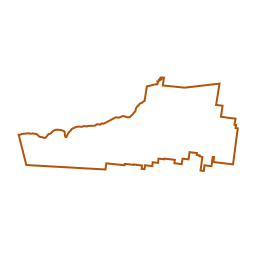 outline of Choya, Santiago del Estero, Argentina, rotated 86°
{"feature_id": "61730980B98686515489678", "entity_name": "Choya", "entity_type": "district", "adm_level": 2, "iso_a3": "ARG", "parent_name": "Argentina", "parent_adm1": "Santiago del Estero", "projection": "robinson", "projection_center": [-64.902, -28.858], "detail": "fine", "context": "isolated", "style": "outline", "palette": "amber", "viewbox_px": 256, "rotation_deg": 86, "n_neighbors": 0, "source": "geoboundaries", "source_scale": "gbopen_adm2", "svg_char_len": 4806}
<svg xmlns="http://www.w3.org/2000/svg" viewBox="0 0 256 256"><g transform="rotate(86 128 128)"><path d="M153.7,22.1L150.9,21.6L136.0,18.5L135.5,20.7L132.6,20.0L132.3,21.6L128.2,20.6L126.2,20.1L123.3,34.5L112.4,32.1L111.1,38.4L111.1,38.5L91.3,33.9L90.1,33.6L90.1,33.8L90.2,36.2L90.2,36.3L90.3,37.5L90.5,42.8L90.7,46.1L90.7,46.3L90.8,48.4L90.8,48.6L90.9,51.3L91.0,53.5L91.2,56.8L91.7,68.8L89.9,79.1L89.1,83.8L88.9,84.9L88.0,90.3L81.5,88.9L80.5,88.7L80.3,88.6L79.9,91.3L80.0,91.5L80.0,91.9L80.0,92.0L80.3,92.2L80.5,92.3L80.6,92.2L80.8,92.2L81.1,92.1L81.2,91.9L81.3,91.8L81.2,91.7L81.2,91.2L81.4,91.2L81.6,91.2L81.9,91.3L82.0,91.4L82.1,91.7L82.1,91.9L82.1,92.1L82.2,92.3L82.3,92.4L82.3,92.6L82.2,92.7L82.2,92.8L81.8,92.9L81.7,93.0L81.7,93.4L81.8,93.6L82.0,93.7L82.1,93.8L82.3,93.7L82.5,93.6L82.9,93.5L83.0,93.6L83.1,93.8L83.2,94.1L83.2,94.3L83.3,94.4L83.4,94.6L83.6,94.6L83.8,94.6L84.0,94.7L84.1,94.8L84.2,95.0L84.1,95.3L84.4,95.2L84.5,95.1L84.8,95.1L85.0,95.2L85.2,95.3L85.3,95.3L85.5,95.3L85.8,95.5L86.0,95.6L86.3,95.6L86.6,95.7L86.6,95.9L86.6,96.0L86.4,96.2L86.4,96.4L86.4,96.5L86.3,96.8L86.3,97.1L86.3,97.4L87.7,105.6L87.8,106.3L92.3,107.3L95.7,108.1L100.5,109.2L102.2,109.6L102.3,109.8L102.9,111.2L103.9,112.4L104.2,113.7L104.2,113.9L104.9,114.8L105.0,114.9L105.7,115.6L105.9,115.7L105.9,115.8L106.0,115.8L106.3,115.9L106.3,116.0L107.3,117.5L107.7,117.8L108.6,118.4L109.0,118.6L109.4,118.8L109.7,118.9L110.3,119.1L110.7,119.2L111.1,119.3L111.5,119.5L111.8,119.6L112.2,119.9L112.3,120.0L112.6,120.4L112.9,120.8L113.0,120.9L113.3,121.2L113.8,121.6L114.0,121.7L114.3,121.9L114.6,122.2L115.7,123.6L117.0,125.1L117.2,125.4L117.2,125.6L117.3,125.9L117.3,126.2L117.3,126.4L117.4,126.9L117.5,127.2L117.4,127.5L117.0,128.4L116.5,129.8L115.9,131.5L115.9,131.9L115.8,132.2L115.8,132.4L115.9,132.9L116.0,133.2L116.4,134.4L116.6,135.0L116.8,135.7L116.8,135.8L117.0,136.3L117.1,136.6L117.0,137.0L116.9,137.6L116.5,138.4L116.5,138.9L116.5,139.0L116.5,139.3L117.1,140.9L117.4,141.5L121.1,149.8L121.6,151.0L122.1,152.2L121.7,153.1L121.7,154.4L122.6,155.1L122.7,155.9L122.7,156.0L122.4,156.6L122.3,157.1L122.2,157.5L122.1,158.6L122.1,158.9L123.3,160.5L123.3,160.8L123.3,163.7L123.3,164.1L123.2,164.5L123.2,164.8L123.2,165.3L123.1,165.8L123.2,166.1L123.2,166.3L123.3,166.7L123.2,167.1L123.2,167.7L123.3,168.2L123.5,168.4L123.5,169.1L123.4,169.6L123.3,170.3L123.2,171.0L123.1,171.7L123.0,172.4L123.3,172.9L123.5,173.4L123.5,173.6L123.5,174.2L123.5,174.8L123.3,175.7L123.2,176.5L123.2,176.9L123.2,177.5L123.2,177.9L123.3,178.7L123.3,179.2L123.3,179.9L123.4,180.1L123.7,180.7L123.9,181.1L124.0,181.5L124.3,182.1L124.5,182.3L124.5,182.5L124.6,182.8L124.6,183.0L124.8,183.4L124.8,183.5L124.9,183.9L125.2,184.3L125.5,184.7L125.7,184.8L125.8,184.9L126.5,185.3L127.0,185.7L127.2,186.1L127.9,186.8L128.2,187.3L128.6,187.5L129.1,188.0L129.9,188.5L130.3,188.7L131.3,189.3L131.8,189.6L132.1,189.8L132.3,190.0L132.5,190.1L132.8,190.3L132.8,190.6L132.5,191.0L131.9,191.3L131.6,191.4L131.2,191.4L130.6,191.4L130.1,191.4L129.4,191.5L128.7,191.5L128.0,191.5L127.6,191.6L127.3,191.6L127.1,191.6L126.9,191.8L126.7,192.0L126.4,192.3L125.9,193.8L125.5,194.7L125.4,195.3L124.9,197.5L124.8,198.0L124.8,198.6L124.8,198.9L124.8,199.0L124.8,199.7L124.8,200.7L124.8,200.8L125.1,201.4L125.4,202.1L125.8,202.9L126.3,203.5L126.6,203.8L127.0,204.3L127.3,204.6L127.5,204.9L127.8,205.2L128.2,205.7L128.3,206.0L128.4,206.5L128.4,207.0L128.5,207.5L128.6,207.8L129.0,208.1L129.3,208.5L129.8,208.8L129.9,209.0L130.2,209.2L130.7,209.6L130.8,209.8L131.2,210.2L131.4,210.4L131.7,210.7L131.9,211.0L132.0,211.2L132.0,211.3L132.1,211.5L132.1,212.0L131.6,213.2L131.4,213.7L131.2,214.2L131.2,214.3L131.1,214.7L130.9,215.6L130.8,216.2L130.6,216.6L130.5,216.9L130.2,217.3L129.5,217.8L129.1,218.2L128.2,219.0L127.7,219.6L127.5,220.3L127.4,220.6L127.3,221.2L127.0,222.2L126.9,222.8L126.7,223.7L126.9,224.3L126.9,224.9L126.8,225.7L126.7,226.6L126.5,227.2L126.3,228.1L126.3,229.1L126.5,229.7L126.5,230.4L126.4,231.4L126.4,232.1L126.5,232.6L126.5,233.3L126.5,233.9L126.6,234.6L126.8,235.1L127.0,235.6L127.2,236.2L127.2,236.5L127.1,237.1L127.1,237.5L138.4,235.5L140.8,235.1L142.7,234.7L145.1,234.3L148.6,233.7L157.8,232.0L158.1,229.7L158.6,226.0L159.4,219.6L160.8,208.8L161.8,201.0L164.0,183.3L164.9,176.6L167.6,155.0L167.8,153.4L161.7,152.1L162.8,146.2L164.9,134.0L163.6,133.8L164.1,130.5L165.2,124.9L164.8,124.8L166.4,116.6L169.7,117.2L170.2,114.4L166.4,113.6L167.7,106.4L163.9,105.7L164.9,100.5L160.7,99.7L161.7,94.1L161.1,93.9L163.0,83.5L166.4,84.2L167.8,77.0L162.4,75.7L163.5,69.8L156.4,68.3L157.8,61.0L159.7,61.3L160.3,58.5L161.2,58.7L162.0,55.8L169.7,57.4L175.5,58.6L175.8,57.0L176.2,55.4L170.5,54.3L170.7,53.6L171.9,47.4L162.8,45.5L163.0,44.2L167.9,45.2L171.6,25.8L168.3,25.1L164.2,24.2L164.2,24.3L153.7,22.1Z" fill="none" stroke="#b45309" stroke-width="2"/></g></svg>